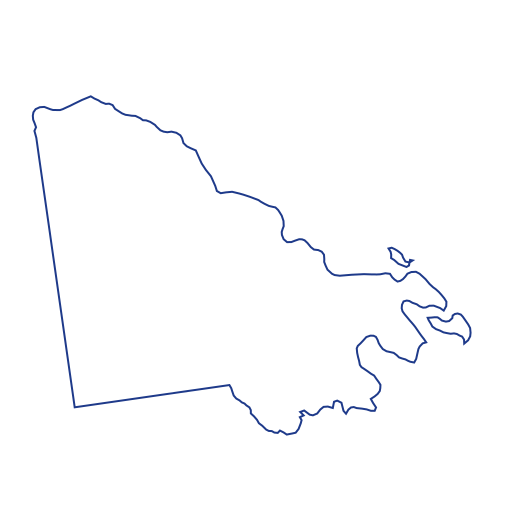 outline of Icatu, Maranhão, Brazil, rotated 82°
{"feature_id": "56859067B15059042141661", "entity_name": "Icatu", "entity_type": "district", "adm_level": 2, "iso_a3": "BRA", "parent_name": "Brazil", "parent_adm1": "Maranhão", "projection": "albers", "projection_center": [-43.84, -2.589], "detail": "fine", "context": "isolated", "style": "outline", "palette": "blue", "viewbox_px": 512, "rotation_deg": 82, "n_neighbors": 0, "source": "geoboundaries", "source_scale": "gbopen_adm2", "svg_char_len": 3923}
<svg xmlns="http://www.w3.org/2000/svg" viewBox="0 0 512 512"><g transform="rotate(82 256 256)"><path d="M101.3,458.0L108.4,457.1L112.7,457.1L117.7,457.1L125.1,457.1L128.9,457.1L202.9,456.9L212.8,456.9L313.5,456.7L319.8,456.7L370.8,456.6L380.6,456.6L380.2,338.6L380.2,334.7L380.1,300.3L383.5,298.9L386.5,298.4L391.1,297.5L394.4,295.4L396.7,292.4L399.0,290.4L400.5,287.9L402.6,286.3L405.0,283.6L407.9,282.6L411.2,283.0L414.5,280.3L418.4,277.8L422.0,276.4L425.0,273.4L429.3,270.1L431.0,267.7L431.6,264.7L433.4,262.4L434.2,259.1L432.2,256.6L434.5,253.3L437.1,250.4L436.8,244.8L436.5,241.3L433.2,237.9L428.0,235.0L424.9,233.7L421.7,235.0L420.5,231.0L416.6,233.9L415.7,229.8L420.6,224.9L421.7,221.8L420.5,217.3L417.0,213.7L414.8,210.1L415.1,205.8L417.2,201.1L411.2,199.0L410.5,195.7L413.2,191.8L418.7,191.2L421.5,190.9L424.7,188.8L421.0,185.9L419.2,183.0L419.2,180.2L420.6,177.5L421.9,172.3L423.3,167.8L425.3,163.7L425.8,160.0L422.7,158.2L417.9,160.5L413.5,162.2L411.6,158.1L409.5,154.7L406.9,152.2L404.1,151.3L400.9,150.7L398.0,152.0L394.3,154.0L390.8,155.7L388.7,158.4L385.5,161.7L382.5,165.0L380.8,167.0L378.3,168.3L374.2,168.5L370.2,169.0L366.1,169.3L361.5,169.1L359.2,167.7L357.1,164.7L354.7,161.7L351.6,158.0L350.8,153.9L351.3,150.7L352.8,148.5L355.9,147.3L359.4,146.6L362.2,145.4L365.8,143.4L368.5,140.0L369.8,136.5L371.1,133.1L373.7,130.5L376.3,128.5L377.9,125.4L379.2,122.4L380.9,120.1L382.2,117.9L383.5,114.2L380.2,111.7L374.6,109.6L370.7,108.1L368.4,106.5L365.7,103.1L365.2,99.5L361.7,101.2L358.6,103.0L355.6,104.6L348.4,108.2L346.0,109.6L343.5,111.2L341.1,112.8L338.3,114.5L334.6,116.8L331.2,118.6L328.0,119.0L324.6,118.2L321.5,116.2L321.1,112.9L321.9,110.4L324.1,107.6L326.2,103.5L328.6,101.0L330.4,97.7L330.6,95.0L329.4,91.2L329.9,86.9L331.5,84.0L333.2,80.9L336.2,77.7L332.1,74.6L327.8,73.8L324.2,75.4L320.4,77.7L317.0,80.0L313.8,82.7L311.6,85.0L307.9,88.0L302.6,91.3L299.3,94.0L296.3,96.5L293.9,99.8L293.5,104.4L294.6,108.5L297.1,110.9L299.3,113.6L300.7,116.5L301.0,119.4L298.6,122.1L296.0,124.1L292.3,125.8L291.1,130.3L291.4,135.5L291.1,138.8L290.2,144.7L289.0,151.6L287.9,163.6L287.2,175.8L285.8,180.8L284.2,183.2L279.5,187.1L275.2,188.4L271.4,189.3L268.5,188.8L264.2,188.5L260.9,190.3L258.8,193.5L257.7,197.7L254.8,200.5L250.3,203.2L247.2,205.7L245.9,208.1L245.4,210.9L246.2,215.1L247.1,219.0L246.6,223.3L243.2,226.3L238.8,227.4L235.8,227.2L233.2,226.0L230.3,224.4L225.1,223.9L219.7,224.9L216.0,226.5L213.5,227.7L210.6,230.0L209.5,233.0L208.2,236.3L205.5,240.3L202.9,243.7L201.0,245.7L196.5,253.9L193.4,260.2L191.7,264.1L189.1,270.7L188.8,276.8L188.9,282.2L186.2,285.7L180.9,286.6L170.8,289.5L163.7,293.7L156.9,296.9L152.5,298.2L147.7,299.6L143.1,300.9L140.1,305.8L137.7,309.3L134.1,312.1L129.1,312.8L126.0,314.1L122.9,317.7L121.1,322.4L121.1,326.6L120.0,330.2L118.2,333.2L114.4,336.3L112.1,337.8L108.5,342.0L106.4,345.9L105.8,349.1L103.5,351.4L100.5,355.9L99.8,359.5L98.8,362.8L98.0,365.6L96.2,368.7L93.3,372.1L90.7,375.1L86.6,377.0L84.7,380.3L84.5,383.6L82.1,387.9L79.9,390.4L77.6,394.1L74.9,397.4L77.2,406.4L79.9,414.8L81.4,419.2L82.4,422.7L83.7,426.9L84.2,429.7L83.7,433.2L83.1,436.9L82.0,439.3L78.9,444.9L78.6,449.4L79.9,453.8L82.7,456.4L86.1,457.5L90.0,457.7L93.5,456.8L97.9,455.9L101.3,458.0ZM369.0,57.7L365.4,55.1L361.9,54.2L357.1,54.0L353.3,55.4L349.3,57.4L344.8,59.7L342.5,61.3L341.0,64.3L341.1,67.1L342.3,69.5L344.9,70.3L347.3,73.8L347.4,77.1L345.8,80.9L343.8,82.7L342.0,84.7L341.5,87.6L341.4,90.9L341.1,94.6L343.7,93.9L347.3,92.3L350.4,91.2L353.5,87.9L355.4,84.3L357.7,81.0L358.8,78.0L360.1,74.1L360.2,70.7L361.2,67.9L363.1,65.5L364.5,63.1L367.7,61.6L371.7,62.0L369.0,57.7ZM283.8,104.9L282.3,108.8L278.0,110.6L275.0,111.2L272.8,112.9L270.5,115.2L268.4,117.8L266.7,120.5L267.0,123.7L270.6,122.1L273.4,121.9L276.9,122.5L279.2,119.7L283.6,116.0L285.8,112.1L287.8,108.6L286.7,105.8L283.8,104.9ZM283.8,104.9L282.2,101.5L281.3,104.0L283.8,104.9Z" fill="none" stroke="#1e3a8a" stroke-width="2"/></g></svg>